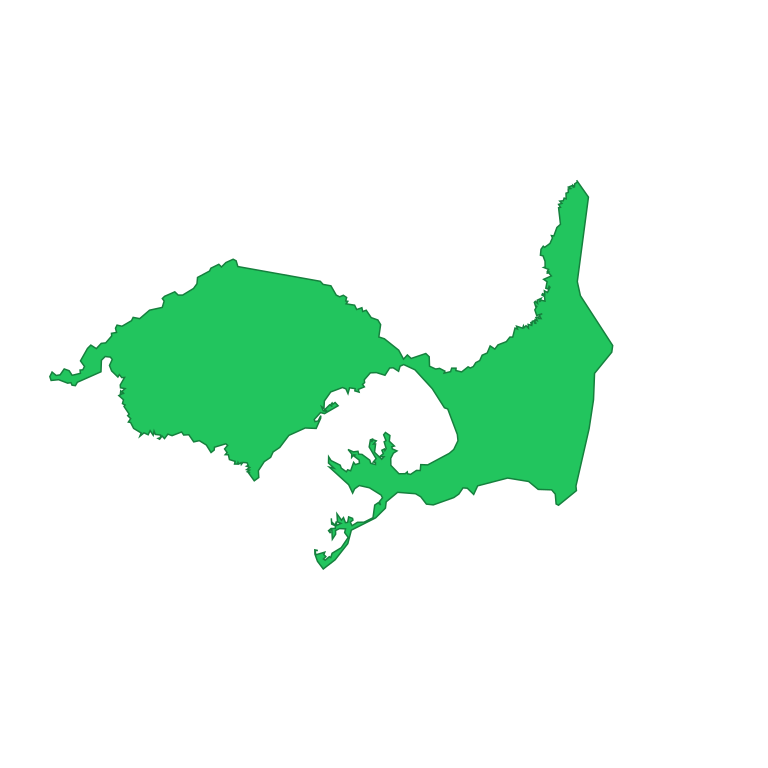 Turbo, Antioquia, Colombia, rotated 236°
{"feature_id": "7082276B90132082814174", "entity_name": "Turbo", "entity_type": "district", "adm_level": 2, "iso_a3": "COL", "parent_name": "Colombia", "parent_adm1": "Antioquia", "projection": "orthographic", "projection_center": [-76.668, 7.972], "detail": "fine", "context": "isolated", "style": "filled", "palette": "green", "viewbox_px": 768, "rotation_deg": 236, "n_neighbors": 0, "source": "geoboundaries", "source_scale": "gbopen_adm2", "svg_char_len": 6147}
<svg xmlns="http://www.w3.org/2000/svg" viewBox="0 0 768 768"><g transform="rotate(236 384 384)"><path d="M356.2,493.3L352.0,486.9L353.0,481.5L349.9,476.5L350.4,472.0L348.5,467.8L349.0,464.5L351.2,463.3L350.6,455.1L355.0,451.1L356.8,452.6L359.3,449.0L357.0,446.1L359.4,439.9L360.6,441.7L365.9,438.8L367.5,435.2L373.3,431.7L381.3,436.7L385.9,435.7L390.0,420.8L395.0,419.6L393.7,414.1L403.8,415.1L421.3,409.6L425.9,406.0L435.1,414.4L440.5,414.7L446.2,410.5L455.1,410.5L456.0,406.9L459.6,408.3L461.0,403.0L465.8,403.7L471.7,397.4L472.8,400.2L474.3,398.7L476.6,401.4L480.3,399.9L481.1,396.0L484.4,394.1L495.1,394.9L500.6,389.2L504.8,388.6L563.1,328.5L568.8,330.3L571.8,328.7L573.1,320.8L571.9,314.7L575.6,314.0L576.8,305.2L575.2,302.6L576.6,289.0L571.7,285.0L569.7,279.5L570.3,266.8L572.8,263.1L577.4,262.1L579.4,251.1L578.8,248.0L575.7,248.1L571.5,243.0L576.3,230.9L574.8,218.0L579.5,213.3L577.7,210.1L578.4,199.1L582.1,195.6L580.4,192.6L576.3,191.1L578.4,186.4L576.1,185.1L573.7,176.3L575.8,172.3L574.2,165.3L580.2,162.7L579.3,158.1L572.9,145.3L566.0,145.5L564.2,142.2L565.5,139.8L562.6,138.3L565.6,130.3L571.1,130.4L575.3,127.3L572.7,120.6L574.4,117.0L579.5,115.5L577.0,111.1L573.1,110.0L569.5,116.7L561.6,122.2L560.2,125.2L557.5,124.7L555.2,127.2L556.9,130.8L552.4,156.2L561.7,163.0L562.7,168.2L559.3,172.2L556.3,172.4L552.9,166.8L547.2,165.5L538.6,167.3L539.8,169.8L535.9,170.2L534.5,172.6L530.7,164.8L528.2,163.4L525.0,166.8L524.4,162.6L521.1,163.1L525.5,161.9L523.3,160.0L522.3,161.2L522.7,157.7L516.6,159.2L514.0,156.2L511.4,157.6L510.8,155.9L501.5,155.9L501.1,153.8L496.9,154.6L495.4,150.8L493.8,152.4L487.2,151.6L479.2,155.3L477.2,152.4L477.7,157.7L473.8,160.1L476.1,164.0L470.6,164.0L473.5,167.0L470.1,166.2L466.7,170.2L464.5,168.8L465.2,166.3L463.7,167.1L465.0,170.9L461.5,171.5L463.3,176.8L459.7,179.4L457.4,189.4L453.7,189.4L451.1,193.8L442.4,193.9L440.3,199.2L432.8,202.6L423.9,202.3L424.2,206.3L426.4,208.1L422.9,219.4L420.6,220.1L419.3,215.5L414.9,215.6L414.2,212.9L412.4,215.4L407.8,213.6L403.1,217.3L401.2,215.3L399.5,217.8L400.6,219.1L398.9,218.8L398.7,221.4L397.1,220.7L397.9,223.1L395.3,226.4L392.4,225.9L392.7,224.1L389.9,226.0L389.8,222.3L387.8,224.3L387.7,221.6L385.3,223.4L386.0,222.0L376.3,222.3L376.5,227.9L382.4,231.4L386.6,241.3L386.6,249.0L389.7,254.1L389.7,262.1L394.6,276.4L391.6,294.1L385.1,302.9L391.0,312.3L393.1,313.9L390.2,308.7L391.4,305.8L393.6,306.3L395.8,315.4L392.7,318.1L391.6,333.8L396.0,333.1L395.9,330.3L397.3,330.4L396.6,328.1L394.2,328.6L397.1,327.3L395.8,320.3L394.3,321.3L394.1,320.8L393.8,321.2L393.7,321.1L393.6,320.8L395.8,318.6L400.1,319.6L397.4,320.6L403.3,325.1L407.2,335.4L404.3,347.6L401.3,349.7L396.2,348.8L400.1,353.3L396.3,357.5L394.6,356.0L391.2,358.8L393.9,359.7L392.6,366.1L395.7,366.0L396.0,368.7L398.5,370.0L400.9,378.9L397.7,384.1L390.7,389.7L394.1,397.6L392.3,400.7L386.4,403.2L389.8,407.3L389.1,411.2L378.5,417.6L353.1,421.4L330.5,420.8L327.7,422.9L301.2,416.6L295.6,413.6L290.7,405.2L290.0,399.4L292.5,375.0L296.6,369.4L292.0,365.7L294.2,362.6L294.2,355.5L296.4,353.3L298.1,354.1L297.8,351.4L301.2,346.2L312.7,344.2L318.6,348.0L321.4,353.1L321.3,357.3L325.6,354.6L327.6,355.4L326.8,357.9L333.6,356.4L338.0,360.1L343.0,358.1L342.1,355.3L335.9,354.0L336.0,351.8L329.3,349.7L328.3,347.5L329.9,348.0L330.3,345.2L326.6,344.5L326.2,339.9L323.7,343.3L322.9,340.0L332.7,338.0L339.0,343.5L340.1,341.7L341.2,345.8L344.0,343.7L342.8,341.2L344.8,343.5L345.3,341.5L340.1,336.5L326.5,335.7L325.3,331.4L323.8,333.1L322.0,331.9L325.7,328.6L328.8,329.6L337.9,326.4L340.0,323.8L342.8,324.8L344.9,320.6L349.8,317.6L344.0,318.1L341.3,316.2L342.3,319.4L341.3,320.3L341.3,318.7L334.9,320.9L332.0,319.3L333.2,315.2L336.0,315.0L330.7,307.8L333.2,305.9L332.3,303.7L338.2,301.5L341.2,302.3L350.1,297.3L354.6,297.4L349.5,293.8L342.1,295.5L345.6,292.2L320.2,298.4L311.1,297.0L313.5,301.0L313.7,306.7L306.1,313.9L293.6,319.5L290.5,319.1L289.0,314.4L285.6,313.5L288.8,312.8L288.8,308.6L279.3,300.1L280.6,290.2L284.2,284.6L284.4,278.3L288.4,278.8L288.5,282.1L290.2,282.8L293.6,280.4L289.6,276.5L290.6,274.5L295.9,275.7L294.9,272.6L302.6,272.4L295.7,268.3L292.5,270.4L293.2,265.7L296.7,267.7L294.3,264.5L299.1,263.5L302.1,265.2L297.1,262.3L293.6,264.4L291.5,262.9L293.8,259.3L293.4,256.0L290.3,256.2L293.1,257.4L292.7,259.4L284.2,254.4L286.5,259.9L289.6,261.9L289.0,266.3L285.4,271.1L282.8,268.3L276.8,268.5L272.2,257.0L272.7,246.3L269.9,242.8L271.4,242.1L270.8,236.7L272.8,235.9L273.4,239.3L276.2,238.7L277.7,240.9L280.5,232.0L284.4,233.6L283.0,236.0L285.2,233.9L281.6,231.6L274.2,229.7L264.6,230.2L265.6,245.2L271.9,264.7L281.1,275.2L277.7,302.2L280.3,315.8L285.1,319.9L286.6,334.7L275.4,348.8L270.0,351.4L260.7,352.0L256.2,357.3L250.8,378.4L250.9,384.5L253.7,391.4L251.0,394.8L242.3,396.6L247.2,404.7L236.9,433.9L222.3,449.4L210.4,452.9L202.5,463.8L196.9,464.4L188.3,459.6L185.9,460.9L188.0,483.9L192.1,486.1L232.3,529.1L253.8,548.9L275.1,564.5L283.0,590.6L288.0,595.1L347.4,596.2L360.8,601.5L424.6,658.0L445.2,657.6L443.3,657.5L443.3,654.0L441.2,652.3L442.8,651.8L440.7,651.1L443.3,650.8L444.1,647.0L441.7,648.0L442.7,645.8L439.8,643.9L440.4,641.6L435.7,638.6L437.4,637.3L435.7,635.1L437.3,632.0L434.2,632.5L435.3,629.2L431.8,629.1L432.5,627.3L417.7,619.6L417.1,614.9L411.8,607.6L413.4,605.8L410.9,605.3L407.7,600.2L407.5,593.6L409.2,593.1L407.9,589.5L403.3,585.7L401.3,587.5L395.6,586.1L390.9,583.0L391.3,581.6L387.0,584.5L386.0,582.4L384.8,583.2L384.9,580.7L384.0,582.7L380.0,583.2L381.5,574.9L377.6,576.4L372.9,571.7L371.0,573.1L372.7,575.5L371.4,575.7L368.5,570.7L371.6,569.1L368.2,567.2L370.2,566.0L369.5,564.7L366.8,566.0L362.7,563.8L365.4,561.3L365.2,558.7L367.1,562.2L367.8,557.9L364.9,556.4L367.9,555.7L367.6,554.3L363.2,553.0L363.2,554.6L361.1,550.5L355.4,548.9L353.8,554.5L354.2,551.1L350.4,550.8L352.0,548.7L353.1,549.9L354.2,547.1L350.9,546.4L352.8,545.2L350.3,543.5L348.9,544.3L350.2,543.0L352.4,543.9L353.1,542.1L351.2,540.4L353.4,540.3L350.1,539.1L352.8,536.8L349.6,535.0L352.9,534.3L352.4,531.7L354.2,532.1L352.7,530.2L357.8,526.2L354.9,525.4L357.1,523.9L350.9,516.9L352.5,514.6L350.7,509.1L352.7,500.4L351.0,495.4L356.2,493.3Z" fill="#22c55e" stroke="#15803d" stroke-width="1.5"/></g></svg>